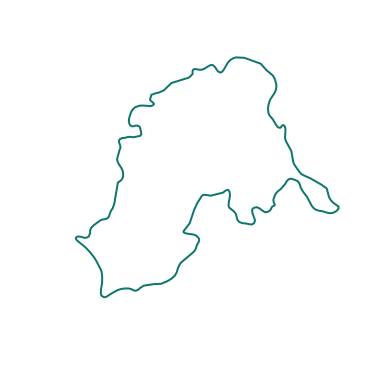 outline of Batna, rotated 323°
{"feature_id": "DZA-2216", "entity_name": "Batna", "entity_type": "Province", "adm_level": 1, "iso_a3": "DZA", "parent_name": "Algeria", "parent_adm1": "", "projection": "equal_earth", "projection_center": [5.884, 35.34], "detail": "fine", "context": "isolated", "style": "outline", "palette": "teal", "viewbox_px": 384, "rotation_deg": 323, "n_neighbors": 0, "source": "natural_earth", "source_scale": "10m", "svg_char_len": 3427}
<svg xmlns="http://www.w3.org/2000/svg" viewBox="0 0 384 384"><g transform="rotate(323 192 192)"><path d="M213.3,99.3L214.6,98.8L214.6,96.5L214.1,95.1L214.0,93.5L214.2,92.8L218.2,89.9L223.4,91.7L225.0,92.5L230.4,93.9L241.2,92.6L258.1,98.7L260.6,98.6L263.5,98.1L265.4,95.6L266.6,95.0L268.2,95.4L271.8,99.1L273.6,100.3L275.8,100.9L282.5,101.6L283.6,102.1L285.0,103.2L285.5,105.2L285.5,107.1L285.3,109.3L285.4,111.4L286.4,113.6L288.3,114.1L290.8,113.5L298.9,110.1L301.9,109.7L304.8,109.9L308.1,110.9L314.6,116.4L324.1,130.9L324.8,139.5L326.6,147.3L326.4,150.1L325.9,152.4L323.9,157.0L322.5,159.0L320.6,160.8L317.8,162.5L310.7,165.0L308.0,166.5L305.4,168.5L303.1,170.9L300.7,174.6L300.0,177.2L300.3,182.6L299.6,188.4L299.5,191.2L300.1,193.0L301.6,194.0L303.4,193.3L304.7,193.3L305.5,194.0L305.5,195.9L304.3,198.4L299.3,204.2L297.7,207.2L296.0,219.1L291.0,228.7L290.4,230.9L290.1,233.1L289.9,239.9L290.0,242.9L291.0,245.5L294.8,252.4L299.9,264.3L300.6,267.0L301.7,269.9L301.3,271.4L298.6,277.8L298.0,280.9L298.0,283.3L298.4,285.7L299.6,289.8L300.3,291.6L299.4,293.2L298.5,293.6L296.4,294.1L294.0,293.9L291.7,293.3L289.7,292.2L288.4,291.0L284.4,285.7L282.2,283.4L280.4,281.0L279.4,277.9L279.3,275.1L280.9,265.5L280.9,258.2L281.2,255.4L281.6,253.6L282.7,250.6L283.0,249.2L282.8,246.5L281.4,244.1L278.9,240.7L276.7,240.0L274.2,240.4L271.1,241.7L264.3,243.1L261.0,243.1L258.8,243.5L256.7,244.2L252.7,246.8L251.5,248.4L250.5,251.7L250.2,252.2L249.8,252.4L247.3,252.0L246.8,252.1L243.7,253.6L241.1,253.6L239.1,252.8L238.2,252.1L237.7,251.0L236.9,248.9L236.4,246.7L235.6,244.7L234.4,243.0L232.7,242.2L231.0,241.8L229.6,242.2L228.5,243.5L227.4,245.8L225.4,252.3L224.6,253.1L222.9,254.2L220.4,254.1L218.0,251.8L216.5,250.0L213.3,247.0L211.6,244.2L211.6,241.3L213.8,236.0L213.9,233.1L212.3,226.7L212.9,225.1L214.5,223.1L219.9,218.0L221.3,216.0L222.2,214.0L222.1,212.0L221.1,211.4L219.1,211.1L216.3,211.1L204.9,206.3L200.2,201.6L198.6,201.0L197.3,201.1L189.0,204.3L182.9,207.6L171.3,215.6L161.7,218.2L161.1,219.3L162.1,221.3L167.6,226.9L168.3,227.9L169.2,229.8L169.5,231.0L169.5,233.3L168.9,234.7L167.3,235.9L164.5,237.1L163.2,237.9L161.2,239.4L159.2,240.4L156.3,240.9L140.6,241.8L137.9,242.7L135.0,244.3L131.7,246.8L128.2,248.4L123.7,248.9L118.7,248.4L112.0,246.7L106.4,242.8L97.2,237.8L92.4,237.4L91.1,237.7L89.1,237.4L87.8,237.0L87.2,236.7L86.6,236.0L85.0,233.0L84.1,231.8L83.0,230.6L80.1,228.5L77.2,226.9L73.9,225.7L70.3,225.0L60.3,224.1L59.0,223.5L58.1,222.6L57.7,221.5L57.4,220.1L58.2,218.1L60.3,215.4L65.4,210.6L69.3,205.6L71.5,201.9L72.5,198.9L74.1,189.4L74.5,184.8L74.3,178.4L73.6,172.0L71.0,161.5L71.0,160.1L71.5,158.9L72.4,158.5L73.7,158.7L74.8,159.4L75.9,160.5L78.4,163.7L79.0,164.2L80.6,165.1L82.6,165.4L85.7,163.7L86.2,163.2L87.3,161.6L88.4,160.8L90.6,159.8L93.7,159.4L101.7,159.5L104.1,160.2L106.2,161.3L108.4,162.1L110.8,161.6L115.7,158.4L119.0,157.2L122.9,154.6L138.4,139.9L142.3,140.0L144.2,139.4L146.2,138.3L148.2,135.7L149.3,133.4L150.0,130.5L150.4,125.3L150.8,123.3L151.4,121.6L152.4,120.3L159.2,115.0L161.6,113.6L162.7,111.4L163.5,108.9L164.5,107.1L166.4,106.3L168.8,107.0L171.0,108.3L174.5,109.8L175.9,110.8L177.3,112.2L178.9,113.4L184.2,115.9L186.1,115.5L187.5,113.4L189.5,108.4L188.6,106.4L186.9,105.0L184.7,104.2L183.4,103.2L182.8,101.6L183.1,99.7L184.0,97.7L185.4,96.0L187.3,94.4L191.7,91.4L194.6,90.3L197.6,90.1L202.1,91.5L205.2,93.7L210.8,98.6L213.3,99.3Z" fill="none" stroke="#0f766e" stroke-width="2"/></g></svg>